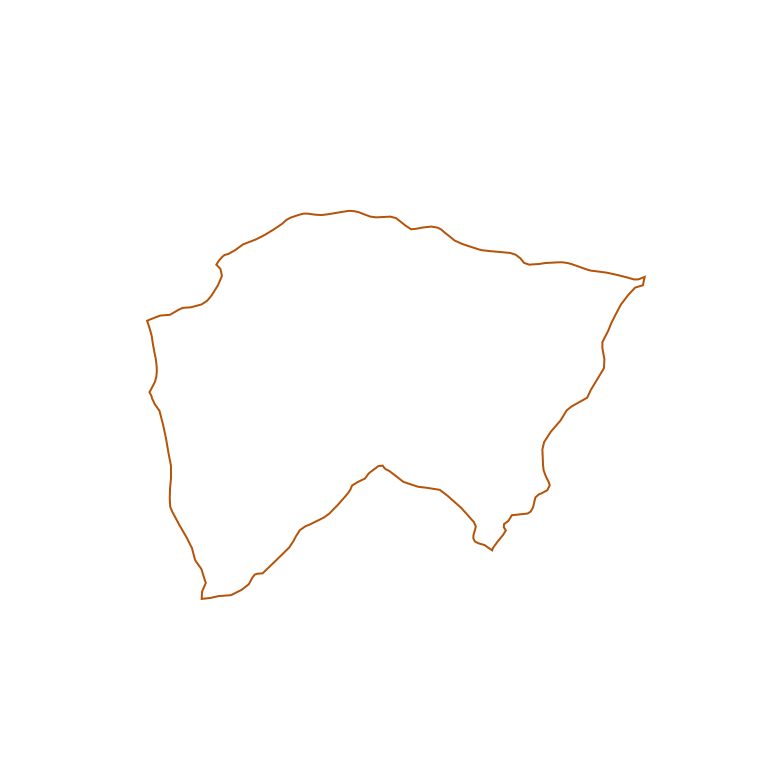 the district of Yurung, Pemagatsel, Bhutan, rotated 54°
{"feature_id": "84629894B71401387613270", "entity_name": "Yurung", "entity_type": "district", "adm_level": 2, "iso_a3": "BTN", "parent_name": "Bhutan", "parent_adm1": "Pemagatsel", "projection": "orthographic", "projection_center": [91.346, 27.042], "detail": "fine", "context": "isolated", "style": "outline", "palette": "amber", "viewbox_px": 768, "rotation_deg": 54, "n_neighbors": 0, "source": "geoboundaries", "source_scale": "gbopen_adm2", "svg_char_len": 2901}
<svg xmlns="http://www.w3.org/2000/svg" viewBox="0 0 768 768"><g transform="rotate(54 384 384)"><path d="M252.8,578.6L257.1,579.2L259.5,580.2L262.1,580.6L265.1,581.3L273.7,581.4L286.9,586.6L300.0,592.4L313.1,598.9L324.9,604.4L335.0,611.7L343.1,618.8L350.5,624.5L357.4,629.0L359.7,629.6L363.1,630.4L377.5,632.4L391.3,633.8L403.8,635.8L415.7,640.4L426.4,640.5L435.8,643.7L440.2,645.1L445.1,653.3L450.7,657.8L455.1,650.1L458.3,642.6L464.9,631.9L465.3,629.6L465.9,625.8L466.8,620.5L466.7,616.9L466.5,611.0L463.4,604.6L462.2,600.7L463.0,598.1L465.8,593.5L463.6,577.4L460.5,556.4L459.6,554.3L458.0,549.9L455.6,545.1L452.8,538.0L452.9,531.3L454.0,527.0L455.6,517.6L456.0,515.2L456.7,510.7L456.7,504.5L455.3,496.4L454.9,493.7L454.4,491.4L453.3,486.4L452.2,481.5L451.1,477.1L449.8,473.5L447.4,469.6L447.8,463.3L449.3,454.9L447.4,449.2L447.2,445.7L447.2,440.2L447.1,436.8L449.3,433.0L451.4,433.1L453.8,432.8L457.6,430.8L462.3,429.4L474.7,425.8L484.0,419.1L487.2,416.8L493.4,410.1L502.4,401.1L512.0,398.2L519.1,396.7L525.3,395.3L530.4,394.2L533.2,394.0L539.5,393.3L545.6,392.8L548.1,392.4L553.1,393.4L555.6,396.2L558.9,400.5L561.4,402.5L564.8,403.0L568.3,401.3L573.3,397.4L582.1,394.3L580.7,392.2L578.2,384.5L576.1,376.4L574.1,371.5L570.4,371.3L567.9,369.3L567.9,364.0L565.3,357.7L573.2,344.0L573.4,340.3L571.4,335.9L564.8,328.3L564.3,323.8L565.0,320.9L565.9,314.3L563.4,309.5L560.7,308.5L554.1,307.4L547.6,305.6L543.1,303.0L530.0,294.3L525.1,288.6L520.6,276.9L519.8,273.4L517.3,262.7L512.7,251.7L512.4,245.5L514.5,227.7L510.3,220.0L505.4,208.4L500.5,196.8L493.6,191.2L483.1,186.1L478.4,182.6L472.8,171.5L468.1,163.9L464.1,156.1L459.0,145.7L455.6,134.4L453.6,124.2L456.3,116.5L450.6,110.2L448.9,116.6L446.4,120.3L440.5,124.8L436.8,128.0L433.7,130.5L424.9,138.3L419.0,144.5L413.8,150.1L409.3,153.5L396.9,162.0L393.7,164.7L390.0,168.6L386.9,173.2L381.0,182.3L377.9,188.3L375.1,192.6L372.9,196.3L368.4,199.5L362.5,199.8L356.8,201.5L352.1,204.9L339.1,219.8L334.0,225.4L331.0,228.1L325.6,232.0L317.0,238.2L309.5,242.5L302.0,244.5L297.5,245.8L292.4,247.0L288.9,248.8L284.5,253.1L280.0,261.0L277.1,267.2L274.8,271.1L268.2,273.6L261.2,275.5L256.8,276.8L252.3,280.5L248.8,285.9L244.5,292.5L240.5,296.7L234.5,300.7L230.2,303.4L226.8,306.4L223.5,310.3L220.3,316.4L214.1,328.9L210.8,334.9L206.9,339.8L201.4,345.5L199.0,348.7L197.4,352.7L195.8,357.5L194.4,362.3L193.9,366.5L194.5,372.6L194.2,381.7L193.5,390.3L193.3,392.9L191.7,402.8L188.2,416.0L188.2,425.9L187.3,433.6L185.9,437.2L186.0,439.5L186.8,443.5L187.4,445.8L188.9,449.5L194.7,448.7L201.2,451.5L202.5,453.5L206.6,460.5L211.1,471.7L212.7,478.1L212.4,484.8L210.2,490.6L208.3,495.4L204.1,502.1L203.2,506.6L202.2,516.5L197.1,524.8L194.4,534.9L193.6,538.5L200.0,540.5L204.8,542.2L208.4,543.6L215.9,547.5L223.6,551.2L229.4,553.8L233.7,556.2L236.8,558.0L240.3,560.4L244.6,564.2L247.6,568.1L250.8,574.4L252.8,578.6Z" fill="none" stroke="#b45309" stroke-width="2"/></g></svg>